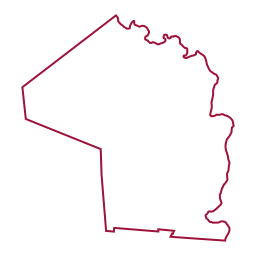 outline of Nuevo Laredo, Tamaulipas, Mexico
{"feature_id": "50627088B36584167330730", "entity_name": "Nuevo Laredo", "entity_type": "district", "adm_level": 2, "iso_a3": "MEX", "parent_name": "Mexico", "parent_adm1": "Tamaulipas", "projection": "robinson", "projection_center": [-99.568, 27.475], "detail": "fine", "context": "isolated", "style": "outline", "palette": "rose", "viewbox_px": 256, "rotation_deg": 0, "n_neighbors": 0, "source": "geoboundaries", "source_scale": "gbopen_adm2", "svg_char_len": 5815}
<svg xmlns="http://www.w3.org/2000/svg" viewBox="0 0 256 256"><path d="M106.1,230.9L113.9,231.6L114.2,227.9L158.3,231.5L158.3,229.3L174.1,230.8L172.6,234.0L172.0,233.7L170.5,236.8L197.5,238.7L225.2,240.6L225.2,240.3L225.2,239.8L225.3,239.3L225.5,238.9L225.9,237.6L227.2,235.3L227.9,234.2L228.4,233.3L228.7,232.6L229.3,231.1L229.4,230.6L229.5,229.9L229.4,228.0L229.2,227.5L228.3,226.2L227.8,225.5L227.6,225.1L227.6,224.9L227.5,224.6L226.7,224.1L226.4,223.6L226.3,223.2L226.1,222.7L225.5,222.3L224.6,221.8L223.8,221.6L222.8,221.4L222.0,221.4L221.2,221.4L220.6,221.6L220.1,221.8L218.9,222.4L218.4,222.5L217.9,222.6L215.2,222.6L213.2,222.7L212.5,222.6L211.8,222.1L211.5,222.0L210.7,222.1L210.4,222.1L210.0,221.9L209.6,221.6L207.5,219.1L207.1,218.8L206.5,218.4L206.3,218.1L205.9,216.8L205.6,216.0L205.6,215.7L205.6,215.4L205.9,214.9L206.6,214.3L207.1,213.8L207.7,213.0L208.0,212.6L208.2,212.2L208.2,211.9L208.3,211.7L208.9,211.5L209.7,211.4L210.7,211.6L211.4,211.6L212.0,211.5L213.3,211.2L214.1,210.4L214.8,210.1L216.7,208.5L218.1,207.1L219.8,205.6L220.7,204.6L221.2,203.9L221.4,203.4L221.5,203.1L221.5,202.7L220.9,201.1L220.3,199.6L220.0,198.1L219.9,197.5L220.0,196.3L219.9,196.1L219.8,195.8L219.8,195.7L219.8,195.2L220.1,194.3L220.4,193.4L220.7,193.3L220.8,192.9L221.0,192.2L221.3,190.8L221.7,189.6L221.8,189.0L222.1,188.1L222.8,187.2L223.4,185.6L223.8,185.1L223.8,184.8L224.0,184.4L224.3,184.1L224.7,183.9L225.1,183.5L225.4,183.1L225.7,182.6L226.0,182.1L226.8,181.0L227.0,180.7L227.2,180.3L227.4,179.5L227.4,178.5L227.3,177.8L227.1,177.5L227.1,177.1L227.2,176.2L227.1,175.2L227.0,174.0L227.2,173.2L227.4,172.9L228.4,170.6L228.5,170.0L228.6,168.6L228.7,168.0L228.9,165.7L229.3,164.3L229.4,163.5L229.3,162.4L229.2,161.8L229.0,161.3L228.8,160.8L228.5,160.0L228.3,159.3L228.2,158.7L228.0,156.8L227.8,155.8L227.3,154.4L227.2,153.7L226.2,151.0L226.0,150.4L225.7,148.6L225.5,147.2L225.6,144.7L225.7,143.8L226.5,140.6L226.9,139.7L227.0,139.3L227.5,138.6L229.0,136.7L229.6,135.9L230.4,134.3L231.1,133.2L231.4,132.4L231.5,132.1L231.6,131.7L231.6,130.4L231.8,128.4L231.8,127.9L232.1,127.4L232.3,127.1L233.1,126.6L233.3,126.4L233.5,125.8L233.6,125.6L233.4,125.1L233.2,123.3L233.1,122.8L232.9,122.3L232.7,121.3L232.6,120.8L232.3,120.3L231.6,119.3L230.8,118.4L230.4,118.0L228.5,116.6L226.6,115.6L226.1,115.5L225.4,115.5L225.0,115.4L224.7,115.2L223.2,114.4L222.8,114.2L222.5,114.2L221.8,114.2L220.4,114.5L219.6,114.7L218.5,114.9L218.0,114.9L217.3,114.7L216.7,114.7L215.6,115.2L215.3,115.5L214.6,115.8L213.9,116.0L212.6,116.2L212.0,116.2L211.4,116.2L210.8,115.9L210.4,115.5L210.2,115.3L210.2,114.6L210.3,113.8L210.7,112.0L211.1,110.6L211.2,110.1L211.5,108.7L211.8,107.6L211.8,107.0L211.5,102.1L211.6,101.8L212.0,100.5L212.2,99.5L212.4,98.5L212.7,97.1L212.9,96.1L213.2,93.0L213.1,91.5L213.2,89.8L213.6,88.5L213.9,87.8L214.3,86.4L214.4,85.9L214.7,85.0L215.0,84.7L216.7,83.3L217.0,83.0L217.3,82.4L217.4,82.1L217.5,80.9L217.4,80.6L217.5,80.1L218.1,78.9L218.2,78.5L218.1,77.8L217.6,77.0L217.2,76.1L216.4,74.9L216.1,74.6L213.8,73.6L213.0,72.9L212.6,72.5L212.1,72.4L211.5,72.0L210.9,71.5L210.4,71.1L209.9,70.5L209.7,70.0L209.0,69.0L207.0,64.6L206.8,64.1L206.4,61.8L205.9,60.0L205.4,58.3L204.9,57.2L204.6,56.7L204.1,56.0L203.5,55.5L202.7,54.9L200.5,53.5L199.6,52.8L198.1,51.4L197.7,51.1L197.4,51.1L197.1,51.1L196.9,51.4L196.2,52.4L196.0,52.8L196.0,53.3L196.0,53.6L196.1,53.9L196.0,54.1L195.8,54.4L194.6,55.1L191.4,56.0L190.5,56.2L188.6,57.1L187.9,57.3L186.7,57.9L186.4,58.0L186.1,58.0L185.8,58.0L185.4,57.9L185.0,57.7L184.7,57.7L184.4,57.6L183.8,57.2L183.7,57.0L183.5,56.5L183.6,56.1L183.6,55.9L183.8,55.7L184.1,55.5L185.2,55.5L185.5,55.4L186.0,55.1L186.4,54.6L186.8,54.0L187.3,53.0L187.3,51.3L187.2,49.4L187.2,49.0L187.1,48.6L186.9,48.4L186.6,48.2L185.3,48.0L184.8,47.8L184.3,47.5L183.9,47.1L182.3,45.6L182.0,45.2L181.8,44.8L181.5,44.5L181.0,44.3L180.7,44.1L180.4,43.8L180.2,43.5L180.0,43.2L180.0,42.2L179.9,40.0L179.9,39.4L179.6,39.0L179.4,38.5L179.2,38.0L179.0,37.7L178.3,37.1L177.4,36.8L176.6,36.3L176.4,36.2L176.1,36.1L175.7,36.2L175.4,36.1L175.2,36.0L174.9,35.9L174.5,36.0L173.7,36.6L173.3,36.7L173.0,36.6L172.2,36.4L171.9,36.4L171.3,36.7L171.0,36.9L170.7,37.2L170.6,37.5L170.6,37.8L170.4,38.0L170.0,38.2L169.6,38.4L169.3,38.4L168.9,38.4L168.6,38.3L168.1,38.0L167.8,37.6L167.5,37.2L167.4,36.3L167.0,35.3L166.7,34.9L166.1,34.7L164.9,34.7L164.5,34.8L164.2,35.1L163.9,35.5L163.5,36.9L163.5,37.4L163.6,37.7L163.8,38.2L164.2,38.4L164.7,38.6L165.0,38.8L165.3,39.1L165.5,39.5L165.5,39.8L165.5,40.3L165.4,40.7L164.9,41.5L164.4,41.9L163.6,42.5L163.2,42.7L160.9,43.4L159.9,43.8L158.7,44.3L158.2,44.3L157.8,44.3L157.3,44.1L156.2,43.5L154.2,42.5L153.5,42.3L153.0,42.2L152.5,42.3L152.3,42.4L152.0,42.7L151.7,42.9L151.2,43.0L150.7,42.9L150.2,42.9L149.8,42.8L149.5,42.4L149.3,42.2L148.4,41.6L148.1,40.8L147.2,40.3L146.1,39.8L145.5,39.5L145.3,39.3L145.1,39.0L145.1,38.5L145.2,37.4L145.6,36.6L145.9,36.4L147.2,35.7L147.5,35.6L148.0,34.8L148.5,33.9L148.9,33.0L149.0,32.6L149.0,32.2L148.9,31.2L148.7,30.9L147.8,29.6L147.1,28.2L146.8,27.8L146.3,27.3L145.9,27.0L144.8,26.4L144.3,26.1L143.9,25.9L143.2,25.9L142.0,25.8L141.1,26.1L140.6,26.4L140.0,26.6L139.3,26.7L138.8,26.5L137.9,26.1L137.4,25.7L136.8,25.5L135.6,25.1L134.9,24.7L134.6,24.2L134.3,23.8L134.2,23.2L134.2,22.4L134.3,21.4L134.2,21.1L133.7,20.9L133.4,21.0L131.9,22.5L131.4,23.3L131.0,23.8L130.7,24.3L130.4,25.1L129.8,27.3L129.8,27.9L129.8,28.2L129.6,28.4L129.1,28.5L127.9,28.7L127.5,28.7L126.6,28.5L126.4,28.4L126.1,28.1L125.7,27.8L124.3,27.2L123.7,26.7L123.1,25.9L122.2,25.3L121.7,24.8L121.4,24.6L121.2,24.6L120.9,24.3L120.5,24.0L120.3,23.7L120.1,23.3L119.6,23.0L118.6,21.8L118.3,21.3L118.2,20.9L118.1,19.6L117.9,18.9L118.0,18.6L117.8,17.9L117.6,17.4L117.1,16.7L116.7,16.4L116.0,15.4L22.4,87.2L25.8,119.0L100.7,149.1L101.6,175.3L106.1,230.9Z" fill="none" stroke="#9f1239" stroke-width="2"/></svg>